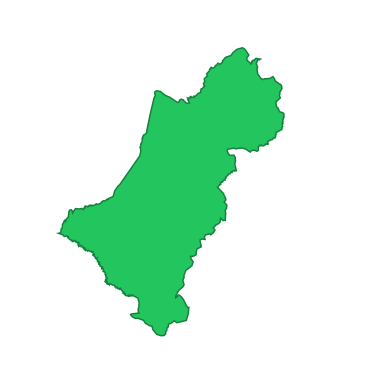 outline of Tolon, Northern, Ghana, rotated 56°
{"feature_id": "2480657B36155100412367", "entity_name": "Tolon", "entity_type": "district", "adm_level": 2, "iso_a3": "GHA", "parent_name": "Ghana", "parent_adm1": "Northern", "projection": "albers", "projection_center": [-1.197, 9.557], "detail": "fine", "context": "isolated", "style": "filled", "palette": "green", "viewbox_px": 384, "rotation_deg": 56, "n_neighbors": 0, "source": "geoboundaries", "source_scale": "gbopen_adm2", "svg_char_len": 6066}
<svg xmlns="http://www.w3.org/2000/svg" viewBox="0 0 384 384"><g transform="rotate(56 192 192)"><path d="M151.6,325.7L155.5,322.9L157.4,322.8L158.7,320.1L159.4,319.8L159.8,320.2L160.2,319.7L160.6,320.4L162.9,319.9L164.4,319.2L164.5,318.7L166.1,319.0L166.6,318.1L166.2,317.9L166.1,316.8L167.8,316.5L167.5,316.2L168.3,315.6L168.7,316.0L169.2,315.5L170.2,315.6L170.1,314.5L170.6,314.0L172.2,315.2L172.2,316.1L172.9,315.8L173.8,316.3L174.1,314.0L175.4,314.5L175.5,313.6L177.1,313.6L177.1,312.8L178.4,312.3L178.6,313.2L179.4,312.5L179.6,313.4L180.1,313.2L180.3,312.6L180.9,312.7L180.7,312.1L182.7,311.5L182.5,310.5L184.5,309.6L185.8,307.8L186.2,308.5L186.9,307.8L188.3,308.3L189.1,307.8L189.3,308.1L188.5,308.8L188.7,309.5L191.5,308.6L193.0,309.2L193.5,307.7L193.9,308.6L196.9,308.6L197.0,309.1L197.8,308.3L198.1,308.6L198.1,308.2L198.7,308.2L198.9,309.0L199.8,309.6L200.4,308.7L201.7,309.7L203.6,308.6L204.1,309.3L205.2,309.6L204.9,308.7L205.3,308.9L206.1,308.4L207.1,309.4L207.0,309.7L207.5,309.2L207.8,309.6L208.5,309.3L208.5,309.9L209.5,309.2L210.8,309.2L211.8,310.2L212.6,309.6L212.8,310.1L214.2,310.8L214.8,311.0L215.3,310.4L215.9,311.3L216.3,311.1L216.3,312.3L217.1,312.0L217.0,312.9L217.9,312.8L217.3,313.3L217.7,314.2L218.9,313.4L219.0,313.9L220.2,313.7L220.4,313.2L221.0,313.7L221.9,312.8L221.7,312.1L222.8,312.3L222.4,311.6L222.9,310.6L224.3,310.2L225.7,308.8L226.8,308.5L227.6,308.8L228.0,308.1L229.0,308.4L228.8,307.8L229.4,307.2L230.6,307.6L231.0,306.6L232.0,306.6L231.9,305.3L232.8,305.8L233.2,305.1L235.6,305.3L237.1,304.4L237.3,305.7L238.4,304.9L238.8,305.1L239.1,304.4L239.5,304.3L240.1,305.0L241.3,304.5L241.9,303.4L243.2,302.8L243.3,301.8L242.6,301.6L243.2,301.3L242.8,301.1L243.5,300.2L243.6,300.6L244.6,300.0L244.5,298.6L245.6,298.5L249.5,296.2L254.2,297.7L256.0,299.3L257.2,299.8L259.0,302.2L261.6,303.6L262.7,303.6L259.4,310.1L259.2,311.4L259.8,311.6L262.6,311.1L264.9,309.7L267.1,306.9L271.2,304.0L274.8,304.0L279.5,301.7L280.7,300.2L284.3,301.4L290.3,300.8L293.8,298.1L295.1,295.6L295.9,295.5L295.1,295.2L295.1,293.6L292.9,291.6L292.9,290.6L290.7,288.7L290.5,287.1L289.6,286.2L289.0,286.1L288.4,284.6L289.2,283.1L288.9,278.7L291.9,277.6L295.3,268.6L290.8,263.1L285.9,259.2L285.7,259.8L284.2,260.3L276.7,259.3L273.9,259.3L271.3,259.9L269.9,260.6L269.7,261.2L270.3,262.1L270.5,264.6L269.4,263.9L267.4,260.7L266.2,257.8L265.6,252.7L264.5,250.5L260.0,248.9L258.5,246.5L256.4,245.0L253.6,241.1L253.1,233.3L250.5,230.1L247.4,230.2L244.5,229.3L246.0,227.0L246.4,223.8L243.3,221.3L242.0,219.6L242.6,214.9L237.2,212.8L236.1,211.8L236.3,210.4L238.6,207.7L236.3,207.0L235.1,204.9L236.7,200.4L238.0,200.4L237.7,197.1L236.5,194.3L233.6,194.4L232.7,190.4L233.1,188.3L232.7,185.7L229.7,182.9L233.0,182.3L233.3,181.2L234.2,180.4L228.1,175.7L226.0,174.9L224.7,172.4L222.3,170.4L218.4,171.0L217.4,168.3L215.9,167.7L210.5,166.8L202.5,168.2L202.5,167.6L201.8,167.2L201.8,165.0L201.3,164.9L201.6,163.7L200.1,163.1L200.6,161.6L200.2,161.7L200.1,161.1L200.5,160.8L199.9,158.8L200.6,158.0L199.7,157.4L199.1,155.6L198.5,155.6L198.2,152.9L197.4,151.6L198.2,150.3L197.3,148.5L198.0,147.9L197.3,147.6L197.9,146.7L197.4,146.1L197.6,145.1L198.3,144.9L198.2,144.1L199.1,143.9L199.2,143.3L192.7,140.9L190.6,138.6L187.2,136.7L184.8,136.7L182.9,140.0L181.2,140.5L177.6,139.9L176.4,138.7L178.9,133.2L181.1,131.0L181.5,129.3L183.8,125.5L186.5,123.5L191.5,121.4L191.0,119.9L191.5,117.9L192.7,116.4L194.0,115.9L194.7,114.8L194.5,113.7L191.7,111.8L191.4,110.9L191.8,110.0L191.2,109.5L191.7,108.4L192.7,108.2L193.6,107.2L193.9,105.9L193.5,103.7L194.8,102.7L194.8,101.8L193.7,102.0L192.5,101.1L192.8,100.5L192.6,98.7L193.4,96.1L193.0,94.4L193.5,92.7L192.4,91.3L191.4,90.8L191.2,89.9L190.1,89.7L189.8,88.8L190.4,83.0L190.0,82.0L188.9,81.5L188.3,80.1L186.2,79.2L186.0,78.2L185.1,78.3L184.6,77.2L183.2,76.7L181.2,73.7L180.5,73.8L180.2,73.1L178.7,72.1L177.2,72.3L174.7,74.3L171.4,74.1L171.0,73.7L168.7,74.2L165.9,73.1L164.3,71.9L163.4,66.2L160.9,65.6L159.9,64.3L158.6,63.7L156.6,59.7L153.7,58.3L152.2,58.4L151.9,58.9L146.3,60.9L144.2,60.3L141.6,60.4L141.4,64.0L138.6,68.8L138.6,70.1L136.3,71.4L130.9,71.5L126.0,69.2L125.4,67.9L121.3,66.8L119.3,63.5L120.1,62.2L120.1,61.0L116.9,64.3L117.5,67.1L116.9,67.6L117.1,69.1L117.5,69.6L118.0,69.4L118.6,71.1L119.5,71.8L117.8,71.5L114.7,72.5L112.7,72.4L111.4,71.5L110.4,68.4L109.6,68.3L104.1,68.3L102.0,68.7L100.6,69.6L98.8,75.1L99.5,80.6L100.6,83.4L99.1,88.9L100.4,93.3L100.8,93.3L101.5,94.8L101.8,97.4L100.0,98.2L99.7,98.8L100.8,100.6L100.1,101.8L101.1,103.1L101.1,104.8L100.6,105.9L99.7,106.1L99.9,106.7L99.5,106.9L100.5,107.8L100.0,108.6L101.3,109.9L102.2,113.8L104.4,114.4L105.0,118.5L107.3,119.6L108.6,121.2L108.4,121.7L109.2,122.2L111.5,122.5L111.4,124.0L112.0,125.4L111.7,127.0L114.3,129.2L113.7,131.5L114.5,135.7L114.4,136.3L113.6,136.7L114.5,137.6L114.0,137.8L113.4,139.7L112.3,139.4L112.0,139.7L112.0,140.2L112.9,140.8L112.9,141.6L111.6,143.1L112.5,143.1L112.7,143.4L113.2,142.9L113.6,143.8L114.0,143.5L116.7,144.4L115.3,147.0L111.5,147.8L110.9,147.6L109.1,149.0L108.8,150.7L110.1,152.8L109.5,154.0L101.1,157.4L96.7,160.3L91.1,161.9L88.5,164.4L88.1,166.0L88.5,167.2L91.8,168.8L92.7,170.8L104.2,183.2L116.2,195.5L117.1,195.8L118.1,198.5L117.7,200.0L118.1,201.1L119.3,202.7L119.8,202.8L119.8,203.5L120.9,203.9L122.9,205.9L123.6,207.7L124.6,208.1L126.0,210.3L127.1,210.3L129.6,211.7L132.8,215.0L145.5,247.8L145.7,250.0L147.9,255.5L151.3,259.5L151.6,260.4L150.7,265.1L151.2,265.5L150.6,266.4L150.9,266.8L150.5,267.0L150.8,269.0L149.7,270.5L149.7,272.4L150.2,273.0L150.0,275.9L149.0,278.0L148.3,278.0L148.4,280.1L148.0,281.5L147.2,282.2L147.4,282.8L146.6,283.0L145.8,284.3L146.2,284.5L145.7,284.9L146.1,286.6L145.3,286.9L144.0,288.4L144.4,288.6L144.3,289.2L145.1,289.4L145.4,290.1L145.0,290.6L145.6,291.0L145.7,292.2L144.1,292.5L142.7,295.5L140.8,297.5L140.9,298.9L142.7,302.7L140.7,301.9L139.2,302.0L138.7,303.1L139.2,304.8L143.6,308.5L144.1,311.2L145.6,313.2L144.3,313.1L144.6,314.3L145.8,315.8L146.3,317.5L147.9,318.4L149.7,320.5L149.4,321.1L151.8,323.0L152.3,324.0L151.6,325.7Z" fill="#22c55e" stroke="#15803d" stroke-width="1.5"/></g></svg>